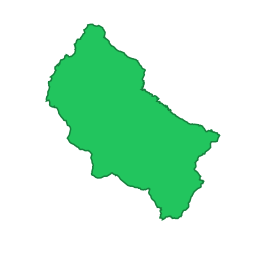 Arefu, Arges, Romania (Robinson projection), rotated 311°
{"feature_id": "2599482B67158814098858", "entity_name": "Arefu", "entity_type": "district", "adm_level": 2, "iso_a3": "ROU", "parent_name": "Romania", "parent_adm1": "Arges", "projection": "robinson", "projection_center": [24.656, 45.456], "detail": "fine", "context": "isolated", "style": "filled", "palette": "green", "viewbox_px": 256, "rotation_deg": 311, "n_neighbors": 0, "source": "geoboundaries", "source_scale": "gbopen_adm2", "svg_char_len": 5834}
<svg xmlns="http://www.w3.org/2000/svg" viewBox="0 0 256 256"><g transform="rotate(311 128 128)"><path d="M108.3,225.5L110.2,223.8L110.5,223.2L111.2,222.7L112.5,222.9L113.0,222.5L113.4,222.7L117.4,220.8L119.0,220.9L119.6,220.5L120.5,220.5L120.9,220.1L122.5,220.0L123.0,219.7L128.1,220.4L130.5,221.5L131.5,221.7L133.4,219.9L134.3,220.0L135.1,220.8L137.1,220.2L136.7,219.8L137.1,219.6L136.8,219.2L137.4,218.9L135.7,216.1L136.1,216.4L135.9,215.9L136.1,215.7L136.6,215.9L138.3,214.5L139.2,214.5L139.1,213.3L140.2,209.3L140.0,208.6L140.2,207.8L139.8,206.9L140.4,204.9L143.2,204.7L144.3,203.7L145.3,202.3L145.8,202.1L146.0,201.3L147.0,201.5L148.1,201.2L148.8,201.3L149.2,201.7L149.8,201.6L150.7,200.6L153.0,200.0L153.7,200.3L154.0,200.7L156.7,201.9L157.9,201.4L158.4,202.6L158.9,202.9L160.0,202.3L160.9,202.1L164.4,203.0L167.5,203.1L170.3,200.4L172.3,199.9L175.0,203.0L176.5,204.0L179.4,202.6L181.7,202.1L182.3,202.1L182.3,201.8L182.5,201.6L182.6,201.0L182.1,200.4L182.0,199.8L182.8,198.8L182.8,198.5L181.8,197.3L181.6,195.9L180.8,195.3L180.9,194.5L180.4,193.6L181.3,192.9L181.2,192.2L180.8,192.0L180.6,192.4L179.9,192.4L179.8,192.0L178.8,190.3L177.3,190.1L176.5,189.3L176.9,188.1L176.9,187.3L177.2,187.0L177.6,185.8L177.6,184.3L178.2,183.2L177.9,182.0L177.6,181.5L177.6,181.0L176.3,180.2L176.8,179.4L176.7,179.1L174.3,175.6L173.5,174.9L173.2,173.8L172.0,173.2L171.0,170.4L171.2,168.8L170.7,167.4L170.3,165.0L170.3,163.2L169.7,162.3L169.2,160.7L168.9,157.7L168.6,157.3L168.8,156.7L168.4,156.0L168.9,155.2L168.8,154.1L168.1,153.1L168.3,151.5L168.0,151.0L168.2,150.4L168.0,149.5L169.4,148.8L169.6,148.0L168.3,147.5L168.0,147.1L168.9,146.5L168.5,145.9L169.3,145.5L169.4,144.2L170.3,143.3L170.1,143.1L169.2,143.3L168.7,142.9L168.9,142.3L169.5,142.1L169.7,141.6L168.7,141.0L168.5,140.6L168.9,139.8L168.5,138.7L168.8,137.7L168.4,136.6L167.5,135.7L167.6,135.4L168.5,135.2L168.7,134.6L167.8,133.9L167.5,132.8L167.0,132.2L167.9,132.0L168.6,131.6L169.4,132.1L170.3,132.0L170.2,130.4L169.7,130.0L170.3,129.6L170.4,129.2L170.2,127.9L169.8,127.0L168.6,126.4L167.9,125.3L169.0,124.6L169.1,124.1L168.6,122.6L168.0,122.0L168.5,121.1L168.4,120.5L167.9,120.1L167.8,118.5L167.3,117.9L167.3,117.5L167.7,116.8L167.5,116.1L168.1,115.8L168.1,115.3L166.6,114.4L166.2,114.5L165.9,114.1L166.0,113.1L165.8,112.7L167.6,113.1L168.0,112.8L168.1,112.0L168.7,112.4L169.4,112.3L169.7,111.9L171.8,111.2L171.5,110.5L172.9,110.3L173.0,109.4L173.8,109.2L174.0,108.9L173.5,108.2L174.3,106.7L178.6,105.5L179.0,105.3L179.8,104.0L181.4,103.3L182.6,103.2L183.0,102.9L183.1,102.2L182.4,100.3L182.5,99.0L183.3,97.5L183.3,95.4L184.0,93.8L184.4,92.1L184.5,91.6L185.0,91.3L184.7,90.2L184.8,89.3L184.5,88.5L183.7,87.1L183.6,86.4L183.2,86.0L182.2,83.5L181.3,80.6L181.7,79.0L181.3,77.6L181.7,77.2L182.1,75.8L180.7,71.7L180.1,71.1L179.6,68.9L179.5,67.1L179.8,66.1L179.6,65.7L179.9,64.6L179.8,63.4L179.4,62.4L179.4,61.8L179.1,61.6L179.9,58.0L181.0,56.8L181.1,54.3L180.9,53.1L181.0,52.7L180.7,52.2L180.9,51.5L180.8,51.2L181.1,51.1L180.6,50.4L183.4,49.1L185.2,47.9L185.9,45.7L186.3,45.1L186.3,44.1L187.0,43.1L186.1,38.6L184.9,38.1L184.0,37.2L182.9,34.8L183.1,33.4L181.5,31.6L179.3,30.0L178.6,30.7L176.7,31.1L173.8,30.8L173.1,30.4L171.9,32.5L171.4,32.9L170.7,33.0L169.5,32.5L168.8,32.8L167.0,33.1L164.9,33.2L163.9,33.9L161.7,31.7L160.6,32.1L160.3,31.9L159.6,32.2L158.3,33.0L157.0,32.9L156.0,32.6L155.6,33.3L155.7,33.7L155.2,34.0L155.3,34.3L154.9,34.6L154.8,34.9L154.4,35.0L154.3,35.6L153.7,36.2L152.6,36.4L152.5,37.0L152.0,37.5L149.5,38.8L144.9,38.4L144.4,37.7L143.5,37.3L142.9,36.5L143.3,35.1L142.8,33.4L142.1,33.9L141.5,33.2L141.0,33.2L139.1,34.3L138.2,34.3L136.4,33.6L135.4,32.7L134.6,32.8L132.8,33.7L131.6,33.6L131.8,34.1L131.7,34.4L130.9,34.1L129.5,34.6L129.3,34.4L129.5,33.2L127.3,33.2L126.2,32.9L124.6,34.2L124.3,35.7L122.7,35.8L122.1,36.3L120.5,36.6L118.9,36.6L116.0,36.1L116.2,36.4L115.6,37.0L115.8,37.4L115.4,38.0L113.6,38.8L113.4,38.5L112.7,38.7L111.5,38.3L110.9,37.8L109.7,38.6L109.4,39.3L108.0,40.5L107.8,41.6L107.1,42.1L105.4,43.1L102.8,43.8L100.5,45.8L99.9,46.1L98.2,46.3L96.1,47.5L95.9,48.3L94.9,48.7L97.1,50.0L96.4,51.6L95.5,52.6L94.1,53.6L93.7,54.6L94.1,56.5L94.6,57.6L95.9,58.1L95.2,58.9L96.4,60.6L96.4,61.8L95.2,64.4L93.7,66.3L92.7,70.0L92.3,73.1L91.8,74.4L92.0,75.0L93.0,76.4L90.4,80.5L90.6,81.3L91.1,81.8L90.9,83.2L90.4,84.4L89.5,85.5L84.1,88.4L80.5,88.9L80.3,90.3L79.2,93.2L79.2,94.9L80.2,98.3L80.1,99.5L80.3,100.3L80.3,101.7L80.9,103.4L80.3,104.9L80.5,105.3L80.4,106.0L82.0,107.6L82.6,109.3L82.5,109.8L83.1,110.9L85.0,112.9L84.9,113.5L85.2,114.2L84.6,118.0L81.1,119.6L80.0,121.9L78.1,124.0L78.0,124.8L76.8,126.5L75.9,126.6L75.2,127.2L74.8,127.9L74.0,128.1L71.5,129.4L70.9,130.1L69.6,130.5L69.1,131.2L69.0,131.8L69.6,133.1L69.7,136.2L70.4,137.9L72.7,140.3L75.9,141.6L77.8,143.7L82.0,145.0L83.0,144.9L83.8,145.8L83.7,146.5L83.9,148.2L84.3,148.6L84.6,149.3L84.1,149.8L84.9,150.2L85.3,150.7L85.2,151.8L85.3,152.9L84.4,156.0L84.6,165.5L85.7,168.0L86.8,169.3L87.4,170.5L87.7,172.2L89.6,174.6L89.5,175.5L90.4,176.5L90.1,178.1L91.1,179.6L91.3,180.1L92.6,180.9L92.8,181.6L95.6,182.8L96.2,183.4L96.1,184.0L95.7,183.8L95.7,184.2L96.0,184.6L93.1,185.9L92.2,187.0L91.7,189.9L90.6,191.3L90.1,193.1L90.2,195.7L89.8,197.1L88.3,199.8L87.7,201.9L87.4,202.2L88.5,203.5L88.5,204.1L89.3,205.5L88.5,205.7L88.4,206.3L88.5,206.6L88.1,207.0L87.1,206.3L86.4,206.8L85.1,209.5L84.1,209.3L82.8,210.6L81.8,210.6L81.1,211.1L82.0,212.3L82.2,212.9L82.0,213.7L81.4,214.1L82.5,214.6L83.2,214.6L83.6,215.0L84.5,215.1L85.1,214.8L86.0,215.2L86.8,216.1L88.4,216.9L89.0,217.6L88.8,217.9L89.4,218.4L89.0,219.1L89.0,219.8L89.3,220.2L88.9,220.8L89.8,221.6L90.6,222.0L90.5,222.3L90.9,223.2L92.5,225.0L94.7,225.1L96.0,225.7L96.0,226.0L97.7,225.7L98.2,224.9L98.5,224.8L101.9,224.0L102.7,224.3L103.8,225.3L105.8,225.5L106.1,225.3L106.4,225.6L108.3,225.5Z" fill="#22c55e" stroke="#15803d" stroke-width="1.5"/></g></svg>